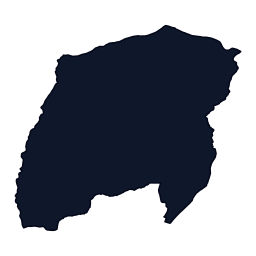 the district of Garagoa, Boyacá, Colombia
{"feature_id": "7082276B73861688893485", "entity_name": "Garagoa", "entity_type": "district", "adm_level": 2, "iso_a3": "COL", "parent_name": "Colombia", "parent_adm1": "Boyacá", "projection": "albers", "projection_center": [-73.307, 5.088], "detail": "fine", "context": "isolated", "style": "filled", "palette": "ink", "viewbox_px": 256, "rotation_deg": 0, "n_neighbors": 0, "source": "geoboundaries", "source_scale": "gbopen_adm2", "svg_char_len": 5737}
<svg xmlns="http://www.w3.org/2000/svg" viewBox="0 0 256 256"><path d="M189.6,34.7L185.9,33.4L185.2,33.0L182.6,32.2L178.3,30.1L176.1,29.2L174.8,28.0L172.0,27.5L169.2,26.4L166.2,25.7L165.5,25.7L163.7,26.7L162.4,27.9L160.2,29.5L156.6,31.9L155.1,32.7L147.6,35.5L145.2,36.0L139.9,36.1L138.5,35.9L138.2,35.8L134.4,36.3L132.8,36.6L125.4,38.8L124.0,39.3L123.4,39.9L122.2,40.3L119.7,41.6L116.2,42.2L115.0,42.7L112.9,42.8L109.6,43.2L105.9,45.0L104.5,46.1L103.0,46.7L101.2,46.5L99.3,46.6L98.2,47.2L96.0,47.9L95.3,48.3L92.5,50.7L91.2,51.4L86.5,53.5L82.4,54.4L78.1,56.0L72.6,56.4L68.3,55.1L66.9,55.1L64.9,55.5L64.5,55.4L63.9,55.1L63.5,55.2L62.4,56.6L61.0,57.5L60.1,59.2L57.7,60.1L57.5,60.4L57.7,61.0L58.8,63.0L58.8,63.9L57.8,66.4L56.3,68.3L56.2,68.7L56.5,69.8L56.5,70.2L55.6,71.4L55.5,71.8L55.7,72.7L56.4,74.5L57.2,77.0L56.6,79.1L56.7,79.6L56.9,80.9L57.7,82.8L57.6,83.1L56.5,83.6L56.1,84.0L55.4,84.9L55.0,85.6L54.9,86.3L54.4,86.8L53.6,88.7L52.1,90.8L50.9,93.0L48.5,95.9L47.4,97.8L45.4,100.5L43.9,104.2L43.5,104.9L43.1,105.4L41.9,106.5L41.1,107.3L41.1,107.7L41.4,108.2L42.7,109.2L42.9,109.6L43.4,111.7L43.5,112.7L43.3,113.4L43.0,114.0L42.6,114.3L41.4,114.5L40.8,115.4L40.3,116.5L39.6,117.3L39.8,119.3L39.6,120.0L39.6,120.5L39.5,120.9L38.5,122.1L38.2,123.1L37.3,123.6L36.6,124.5L35.4,125.7L35.1,126.3L34.8,128.1L34.6,128.5L32.8,129.1L31.4,130.1L30.5,131.4L30.3,132.0L29.8,135.1L28.6,136.9L28.5,137.3L28.7,138.6L28.6,139.5L28.3,140.0L27.4,141.1L27.0,141.7L26.6,142.9L25.9,146.7L26.5,149.8L26.4,150.5L25.5,151.5L24.7,152.1L22.3,153.2L21.7,153.8L21.6,154.1L21.4,156.8L23.3,159.2L23.4,160.2L23.0,162.8L22.7,165.4L22.4,166.8L21.7,167.7L20.3,168.7L20.3,169.0L20.4,169.4L21.7,170.6L21.8,171.5L21.2,172.3L19.8,172.8L19.3,173.1L18.9,173.9L18.9,174.4L19.3,176.1L19.1,177.8L18.7,178.4L16.9,179.1L16.6,179.5L16.5,179.9L16.4,181.0L16.7,183.1L17.3,185.0L18.0,186.8L18.1,187.4L18.1,188.0L17.4,190.5L17.6,192.7L15.7,195.1L15.4,195.9L16.2,197.0L16.4,197.6L16.4,198.3L15.7,199.9L15.5,200.6L15.7,202.0L16.3,202.7L17.7,203.7L18.0,204.2L17.6,206.4L18.3,207.8L18.6,208.7L19.1,209.1L20.2,210.5L20.5,211.9L20.6,213.8L20.0,215.1L19.9,215.9L20.1,216.7L21.1,218.5L21.5,219.6L22.0,221.8L22.3,224.9L23.4,227.3L23.8,227.8L27.9,226.3L31.3,226.3L34.0,226.0L35.6,226.1L39.8,226.9L41.3,226.6L42.5,226.5L43.5,226.6L44.3,227.0L45.6,228.8L46.9,229.8L47.3,229.9L51.5,230.3L53.8,230.3L55.0,230.1L56.9,229.2L57.8,223.6L58.9,220.8L59.4,220.2L59.7,219.9L60.3,219.9L61.7,218.6L62.9,218.5L63.2,218.3L63.7,217.4L65.3,216.6L66.3,216.5L67.1,216.0L68.0,215.8L70.6,215.7L71.9,215.9L72.5,215.8L73.9,215.2L76.1,215.0L78.8,214.1L79.6,214.0L80.6,214.3L81.2,214.0L82.9,213.7L84.3,213.8L84.5,213.5L84.8,212.6L85.8,212.9L86.6,212.5L87.0,212.0L87.3,211.2L88.0,210.1L89.3,207.6L90.1,207.0L90.1,205.8L90.0,205.5L90.4,204.0L90.3,200.9L90.4,199.9L90.6,199.6L92.3,198.6L92.8,198.1L93.5,196.9L94.4,195.8L95.9,194.7L98.1,194.0L99.0,193.8L99.7,193.8L101.0,194.3L101.5,193.9L102.6,193.6L105.8,194.9L106.7,195.1L108.0,195.1L109.3,196.1L110.0,196.1L110.9,196.0L112.4,196.0L114.4,195.5L115.5,195.0L116.3,195.2L116.8,195.4L118.5,194.4L120.9,193.5L122.2,192.6L122.9,192.6L124.6,191.3L127.9,190.1L129.0,189.4L129.4,189.3L132.5,189.4L133.9,190.1L134.5,190.1L135.4,189.5L138.0,188.0L139.0,187.8L139.2,187.6L139.9,187.5L140.9,187.9L141.2,187.9L142.3,187.2L143.6,187.0L144.7,186.5L144.8,186.1L145.3,185.5L146.1,185.2L147.3,184.9L148.5,184.1L149.0,183.3L149.6,182.9L160.5,182.9L160.1,185.2L159.4,187.0L159.4,187.6L158.8,189.1L158.7,190.0L158.9,192.0L159.9,195.0L161.1,200.7L161.2,201.2L161.9,202.1L162.5,202.3L164.8,202.4L165.6,202.6L166.1,203.5L166.2,206.4L166.5,206.7L167.7,207.5L168.1,208.3L167.9,208.8L167.7,210.7L167.2,212.0L165.0,215.8L164.1,216.8L164.7,217.2L166.4,217.9L165.0,221.7L167.8,222.6L170.0,223.2L170.5,222.9L173.2,219.5L176.0,216.4L179.1,213.2L183.6,209.0L187.7,205.0L189.4,203.5L191.6,201.0L192.2,200.3L192.5,199.4L192.7,198.3L195.4,194.3L196.4,193.1L199.8,190.3L202.2,188.8L206.1,185.9L206.5,185.4L206.7,184.1L207.0,183.4L207.5,182.9L208.2,180.4L209.0,178.2L210.4,173.3L210.1,168.5L210.2,167.7L211.4,163.6L212.2,162.0L215.0,157.6L215.4,156.6L215.8,154.3L216.1,153.8L215.2,149.3L214.9,148.9L213.2,148.4L212.4,147.7L212.5,147.0L212.9,146.5L212.9,146.3L212.1,145.9L211.9,145.5L211.9,145.2L212.3,144.4L211.7,143.3L211.9,142.8L213.0,142.0L212.9,141.4L211.4,138.2L211.4,137.2L211.7,136.6L212.5,135.6L212.4,134.9L212.1,133.9L212.0,133.2L212.4,132.1L213.5,130.8L213.7,130.0L213.6,129.6L213.3,129.4L211.6,128.5L210.8,127.5L209.8,127.1L209.5,126.8L209.4,126.5L209.4,125.3L209.1,125.0L208.6,125.1L208.1,124.7L208.3,123.2L207.5,121.7L207.2,118.7L206.7,118.0L205.8,117.5L205.4,116.9L205.4,116.4L205.6,115.9L205.9,115.5L207.1,114.8L207.1,113.7L207.8,113.5L208.4,113.6L208.9,113.2L209.4,112.1L211.0,110.8L212.1,110.1L213.1,109.9L213.5,109.5L213.9,108.0L213.6,106.5L213.7,105.7L216.8,104.7L218.8,103.8L219.4,103.2L220.0,102.3L220.9,101.7L222.9,100.4L224.9,99.5L225.2,99.2L225.4,98.9L225.6,96.9L225.8,96.6L226.7,96.1L226.8,95.3L227.0,95.0L227.7,94.9L227.9,94.7L228.5,93.0L229.5,92.0L229.6,91.3L228.3,89.4L228.0,88.7L228.2,88.0L228.9,86.2L229.1,84.7L229.2,83.4L229.8,81.3L231.0,79.3L231.4,77.3L232.1,75.7L232.5,75.1L233.9,74.0L234.9,72.7L235.6,72.3L236.1,71.5L236.4,71.3L236.6,70.6L237.0,69.8L237.6,69.2L238.1,68.1L238.1,67.7L236.7,65.5L236.4,64.7L236.4,63.2L236.2,62.5L233.7,61.1L233.3,60.5L233.1,60.0L233.1,58.6L233.0,58.3L234.4,56.2L235.6,55.1L236.7,54.2L239.1,53.0L240.6,51.7L240.6,51.4L237.2,49.6L235.8,49.1L232.5,48.3L231.7,48.5L230.0,49.6L228.6,50.2L227.1,50.3L225.4,50.0L224.2,49.2L222.9,47.6L222.4,46.9L221.0,43.9L219.9,42.2L219.0,41.5L216.1,40.0L212.5,38.6L210.9,38.1L206.5,37.3L203.6,37.3L197.7,36.4L195.0,36.1L193.7,35.9L192.4,35.8L191.6,35.6L189.6,34.7Z" fill="#0f172a" stroke="#020617" stroke-width="1.5"/></svg>